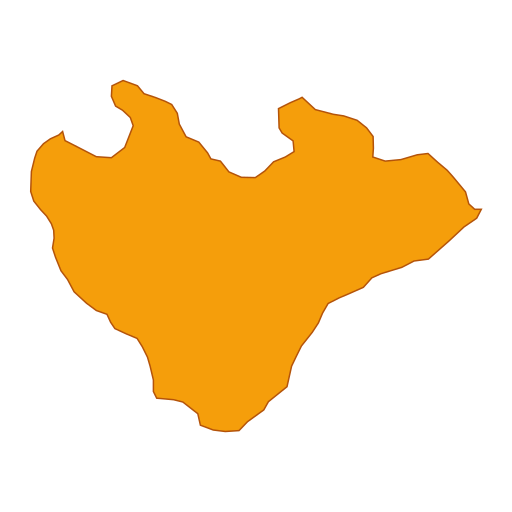 outline of Jabrayil District, Cəbrayıl, Azerbaijan
{"feature_id": "54616110B25171122868047", "entity_name": "Jabrayil District", "entity_type": "district", "adm_level": 2, "iso_a3": "AZE", "parent_name": "Azerbaijan", "parent_adm1": "Cəbrayıl", "projection": "natural_earth1", "projection_center": [46.975, 39.317], "detail": "fine", "context": "isolated", "style": "filled", "palette": "amber", "viewbox_px": 512, "rotation_deg": 0, "n_neighbors": 0, "source": "geoboundaries", "source_scale": "gbopen_adm2", "svg_char_len": 1586}
<svg xmlns="http://www.w3.org/2000/svg" viewBox="0 0 512 512"><path d="M62.6,131.5L58.8,135.0L50.4,138.8L43.5,143.7L37.0,151.2L34.7,158.1L31.4,171.5L31.1,179.8L30.7,191.5L33.8,201.1L40.7,209.8L46.6,216.1L51.4,223.8L53.7,230.3L54.1,238.2L52.5,248.0L55.5,257.2L61.0,270.8L67.5,279.4L74.1,291.8L86.5,303.2L96.3,310.5L107.0,314.3L110.6,322.2L111.2,323.1L114.9,328.6L126.6,334.0L137.1,338.4L142.3,346.7L147.5,357.2L150.1,366.1L153.4,380.0L153.4,391.5L156.7,398.2L160.4,398.5L173.6,399.7L182.8,402.0L197.8,413.7L200.4,425.2L213.2,430.0L225.3,431.5L239.0,430.6L247.5,421.7L263.8,409.9L268.4,401.7L287.0,386.7L291.6,366.1L296.2,356.5L301.4,346.0L312.2,332.4L318.4,322.9L322.6,313.0L328.1,303.5L339.3,297.8L349.0,293.7L363.4,287.3L371.9,277.8L381.0,273.7L401.9,267.3L414.0,261.0L428.4,259.1L449.6,240.4L463.9,227.0L476.7,218.2L481.3,209.3L474.7,209.3L468.8,203.9L465.5,191.9L453.4,177.3L447.2,170.3L437.8,162.4L428.0,153.5L417.2,154.8L400.9,159.6L385.2,161.1L372.8,157.0L373.4,148.2L373.1,136.5L366.6,127.9L357.1,120.3L343.7,115.9L333.3,114.3L315.3,109.6L302.1,97.3L299.3,98.8L290.5,102.6L278.5,108.6L279.1,127.9L282.1,133.0L293.1,140.9L294.1,151.6L285.3,157.0L273.6,161.8L264.8,171.0L255.3,177.6L241.3,177.3L228.9,171.9L220.4,161.1L210.9,158.9L207.6,152.9L198.8,142.1L186.1,136.8L179.3,124.1L177.3,113.3L171.7,104.5L165.2,101.3L155.4,97.5L144.0,93.7L137.5,85.8L123.1,80.5L112.0,85.8L111.4,96.3L115.6,106.1L122.5,110.2L130.3,117.5L133.2,125.7L129.0,136.5L124.7,147.5L111.4,157.7L103.7,157.2L96.3,156.7L81.0,148.8L65.0,140.6L62.6,131.5Z" fill="#f59e0b" stroke="#b45309" stroke-width="1.5"/></svg>